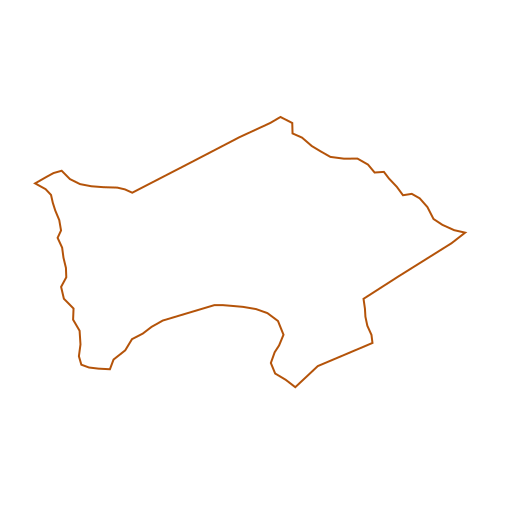 outline of Pilar, Paraíba, Brazil, rotated 263°
{"feature_id": "56859067B15568189766484", "entity_name": "Pilar", "entity_type": "district", "adm_level": 2, "iso_a3": "BRA", "parent_name": "Brazil", "parent_adm1": "Paraíba", "projection": "orthographic", "projection_center": [-35.268, -7.284], "detail": "fine", "context": "isolated", "style": "outline", "palette": "amber", "viewbox_px": 512, "rotation_deg": 263, "n_neighbors": 0, "source": "geoboundaries", "source_scale": "gbopen_adm2", "svg_char_len": 1194}
<svg xmlns="http://www.w3.org/2000/svg" viewBox="0 0 512 512"><g transform="rotate(263 256 256)"><path d="M253.7,466.4L257.5,455.8L264.2,444.8L271.1,436.7L283.7,432.1L293.3,425.5L298.7,418.2L298.4,409.3L307.5,404.2L316.7,397.4L323.9,393.2L324.4,383.9L333.1,378.3L340.3,368.6L341.9,355.1L345.3,341.9L351.6,333.4L358.4,324.7L367.9,316.1L373.2,307.2L383.6,308.2L391.0,297.2L386.4,286.6L375.9,253.9L357.1,203.6L333.9,140.9L338.1,134.0L340.8,126.6L342.9,112.9L345.3,101.0L348.8,90.1L355.0,80.7L364.3,73.5L363.0,65.1L360.1,57.8L355.0,45.6L348.0,55.3L341.6,60.0L333.6,60.8L325.6,62.3L315.6,65.1L305.1,65.6L298.2,61.3L287.9,64.6L277.8,64.7L267.3,65.9L258.0,65.1L249.1,58.8L237.0,60.1L226.1,68.5L215.1,66.7L203.3,71.8L189.6,71.0L178.1,68.0L169.4,69.4L165.7,76.6L163.4,85.9L161.4,97.2L170.6,102.0L178.3,114.7L188.6,122.8L192.8,134.2L198.4,143.7L203.3,155.6L212.3,208.6L211.3,217.0L209.4,226.1L207.1,236.9L203.3,249.6L197.9,260.4L188.8,269.9L174.5,273.7L164.4,268.0L158.2,262.8L148.0,257.7L137.0,260.7L129.5,270.4L121.0,279.0L139.2,303.9L155.5,361.0L163.6,361.0L173.2,358.0L182.4,357.2L190.4,357.7L200.4,357.5L218.2,394.5L244.9,451.7L253.7,466.4Z" fill="none" stroke="#b45309" stroke-width="2"/></g></svg>